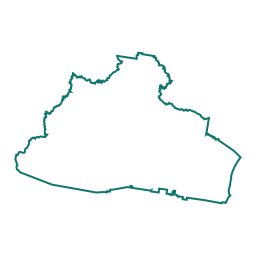 Bellingen, New South Wales, Australia (Albers equal-area conic projection)
{"feature_id": "25037944B1782787006296", "entity_name": "Bellingen", "entity_type": "district", "adm_level": 2, "iso_a3": "AUS", "parent_name": "Australia", "parent_adm1": "New South Wales", "projection": "albers", "projection_center": [152.743, -30.374], "detail": "fine", "context": "isolated", "style": "outline", "palette": "teal", "viewbox_px": 256, "rotation_deg": 0, "n_neighbors": 0, "source": "geoboundaries", "source_scale": "gbopen_adm2", "svg_char_len": 5669}
<svg xmlns="http://www.w3.org/2000/svg" viewBox="0 0 256 256"><path d="M21.7,172.9L51.9,184.6L96.2,192.5L104.5,192.0L106.9,192.4L107.1,191.1L109.9,191.6L110.2,189.6L112.0,189.8L127.3,187.1L130.1,187.5L130.4,185.9L132.2,186.2L131.9,187.8L150.8,190.7L151.4,190.2L151.2,191.5L158.7,192.5L159.2,188.6L167.1,189.7L166.6,193.7L170.0,194.1L169.9,194.6L172.5,195.1L172.8,193.4L172.4,193.3L172.6,191.9L173.4,192.1L173.7,190.7L175.1,190.9L174.5,194.5L176.7,194.9L177.0,195.3L176.8,195.4L176.8,195.8L177.8,195.9L178.1,196.5L178.2,196.3L182.9,197.1L182.6,199.2L186.7,199.8L187.0,197.7L204.7,200.2L221.7,203.3L222.3,202.7L222.4,202.2L225.3,202.8L225.5,202.4L226.0,202.6L227.9,198.1L229.3,196.3L230.3,195.5L229.1,193.9L228.7,190.3L229.3,187.6L230.0,185.6L230.5,181.2L231.3,178.4L231.0,176.8L231.6,174.3L232.8,170.8L235.1,165.7L237.7,161.4L240.6,157.3L233.7,150.7L218.5,140.2L218.7,139.3L218.2,138.9L217.3,139.2L216.2,139.1L216.1,139.5L215.4,139.5L215.1,138.9L215.2,138.5L214.6,137.3L214.1,136.9L213.4,137.0L213.3,137.3L212.8,136.8L212.7,137.0L212.5,136.5L212.0,136.5L211.8,136.0L211.1,136.0L211.2,135.8L210.6,135.6L209.7,135.5L209.5,135.4L209.8,135.0L208.9,134.3L208.0,134.1L207.8,134.3L207.6,134.0L207.4,134.2L207.2,133.9L206.7,134.2L206.8,134.0L206.7,133.8L206.6,134.0L206.2,133.8L206.1,133.5L206.4,133.3L208.9,118.1L204.3,119.3L204.0,118.8L203.9,118.3L202.2,117.5L201.0,116.4L200.8,115.4L200.2,114.8L197.0,113.4L194.4,111.6L193.0,111.5L191.8,110.7L190.4,110.4L190.0,110.0L189.3,109.9L188.0,110.3L187.7,110.8L186.7,110.5L186.2,109.7L185.4,109.6L184.5,110.5L183.7,110.6L183.4,110.2L182.1,109.6L181.7,109.0L180.8,109.6L179.6,109.8L178.6,109.1L177.8,109.1L176.5,108.4L174.9,108.1L174.6,107.0L172.4,105.3L172.4,104.6L171.8,103.8L169.6,103.6L169.0,102.9L167.8,104.3L166.9,104.2L166.3,104.5L166.1,103.8L165.7,103.4L164.7,103.7L161.7,100.5L159.9,99.3L159.8,98.4L159.0,97.7L158.8,96.8L159.2,96.4L159.3,95.9L159.8,95.8L160.8,94.9L161.2,93.9L161.0,93.4L160.4,93.0L160.1,92.1L159.2,91.3L159.8,90.2L161.0,89.5L160.6,89.6L160.6,89.1L160.3,89.1L160.2,88.6L159.6,88.4L160.2,87.2L159.9,86.3L160.0,85.8L160.5,85.3L160.9,85.3L160.8,85.8L161.4,86.1L161.4,87.1L161.9,86.6L162.4,88.0L163.6,88.6L164.4,88.8L164.6,88.4L164.0,87.3L164.6,87.0L165.9,87.4L165.8,86.7L166.5,86.2L166.8,85.6L166.7,84.7L167.2,84.5L167.0,84.0L167.2,83.7L169.0,83.6L169.4,82.3L170.5,83.1L171.1,81.6L171.6,81.4L171.9,80.8L170.8,80.6L170.2,80.9L169.6,80.4L169.5,80.0L169.7,77.9L169.3,77.7L169.1,77.1L168.6,76.9L168.4,76.3L168.0,76.1L169.1,75.6L169.1,75.3L168.4,75.3L168.4,74.2L167.6,73.9L165.8,72.8L164.8,71.8L164.7,71.5L165.1,70.4L164.6,69.9L164.8,69.3L163.2,68.8L163.2,68.5L163.9,67.8L164.3,68.0L164.6,67.7L164.3,66.8L163.7,66.2L162.7,66.0L162.3,65.4L161.4,65.4L160.6,65.1L159.1,65.4L158.9,63.7L159.2,62.9L158.0,62.0L157.8,61.0L156.3,60.3L155.8,58.9L156.2,58.3L155.7,57.5L154.2,57.5L153.7,57.1L154.3,56.6L154.4,56.1L142.3,54.2L142.5,53.3L138.2,52.7L137.8,54.2L138.3,54.5L138.1,55.0L137.0,55.2L136.5,55.8L136.8,57.8L136.7,58.8L117.2,55.9L117.8,58.2L118.4,59.4L120.5,61.2L121.2,61.5L121.9,61.3L122.1,61.8L121.9,62.5L121.4,63.0L119.8,63.8L117.9,64.0L117.6,64.5L117.4,65.2L117.7,66.0L117.5,66.3L117.6,66.7L117.3,67.3L117.9,68.3L118.4,68.6L118.8,69.4L118.1,70.0L117.2,70.0L116.6,70.3L116.4,70.8L115.9,71.0L114.9,72.0L113.5,72.3L110.8,75.1L109.7,75.4L109.7,76.4L109.2,77.9L107.8,78.0L107.3,78.6L107.1,78.9L107.3,79.2L107.3,80.3L105.5,80.5L104.3,81.8L103.2,81.4L102.9,80.6L102.4,80.6L101.7,81.3L101.7,81.6L102.2,82.1L101.7,82.9L101.3,82.5L100.6,82.4L101.0,82.2L100.7,81.5L99.8,81.6L99.7,81.8L99.0,81.8L99.1,81.3L100.0,80.6L99.8,80.3L98.9,80.2L98.6,80.5L97.7,80.4L97.1,81.1L97.7,82.3L96.2,82.0L94.7,82.9L95.1,83.4L95.0,83.6L94.3,83.5L93.5,82.9L91.3,82.8L90.3,81.6L90.4,81.0L90.1,80.8L90.2,80.2L89.7,79.4L88.3,79.9L87.4,80.6L86.9,80.6L85.3,79.7L85.3,78.9L84.9,78.4L84.0,78.4L83.5,77.9L82.5,77.7L81.4,76.1L80.1,77.5L79.7,77.3L79.4,76.7L78.7,77.0L77.7,77.0L77.1,77.6L75.8,75.5L74.7,75.1L73.9,73.8L72.9,73.3L72.9,74.0L74.1,75.5L72.7,75.6L71.8,76.2L71.6,77.0L72.3,77.2L72.4,77.9L71.9,78.4L71.7,79.0L70.7,79.7L70.7,81.8L70.4,81.9L70.0,81.7L69.5,82.7L69.7,83.3L70.7,83.7L71.6,84.5L71.4,86.0L71.0,86.6L71.2,87.2L70.8,87.8L71.0,88.6L70.9,89.0L70.5,89.4L69.5,89.6L69.2,90.5L70.8,91.8L69.3,91.9L69.0,92.6L68.0,93.5L68.2,94.1L68.1,94.8L67.5,95.3L66.6,95.4L67.0,96.3L65.4,96.4L65.2,97.4L64.8,97.2L64.3,97.4L64.2,96.5L63.4,96.4L63.4,96.8L62.7,97.3L63.4,98.2L63.4,99.6L63.2,99.6L62.8,99.2L62.2,99.6L62.2,100.7L61.0,103.7L60.6,103.9L60.4,104.4L59.7,104.5L59.1,105.4L58.7,105.3L58.1,105.9L56.9,105.8L55.9,106.9L55.2,106.7L54.4,107.2L54.5,107.9L53.8,108.3L52.9,110.8L52.6,111.1L51.6,111.1L51.2,111.4L51.0,112.8L50.3,113.0L50.1,113.6L49.1,113.8L48.1,112.7L47.5,113.0L46.6,111.6L45.8,111.9L46.1,113.0L46.4,113.2L46.4,113.8L45.2,114.0L45.8,114.7L45.6,115.1L46.1,115.8L46.3,116.9L45.4,117.9L44.9,118.0L44.6,117.8L44.5,118.9L44.2,119.5L44.5,120.6L43.9,121.3L44.3,122.2L44.3,123.1L44.5,123.3L44.3,124.6L44.5,125.1L44.4,125.4L45.0,125.9L44.9,126.6L44.6,126.9L44.6,127.8L45.0,128.2L45.0,129.4L45.3,129.6L44.8,130.1L44.9,134.2L47.2,134.6L47.0,134.9L46.1,135.7L45.2,137.0L44.6,136.7L44.5,137.0L40.7,136.5L39.8,136.7L39.4,137.4L39.1,137.5L37.7,136.9L36.9,137.0L35.9,137.6L35.2,138.6L34.3,137.6L33.3,138.2L32.6,137.8L32.1,138.3L31.6,138.3L30.7,139.3L30.6,140.3L29.4,140.4L29.0,140.7L29.2,142.1L28.8,144.5L27.7,146.2L27.1,147.7L25.4,148.7L24.6,152.6L23.9,152.8L22.5,152.7L20.6,152.0L19.4,151.9L18.2,153.6L17.8,154.7L17.0,154.7L17.0,155.1L16.2,155.0L15.4,159.0L15.8,160.7L16.5,162.1L16.4,162.5L17.4,165.2L17.3,165.6L16.7,166.0L16.5,166.5L16.6,168.1L17.0,169.3L17.7,170.0L18.2,170.1L19.6,171.8L21.2,172.9L21.7,172.9Z" fill="none" stroke="#0f766e" stroke-width="2"/></svg>